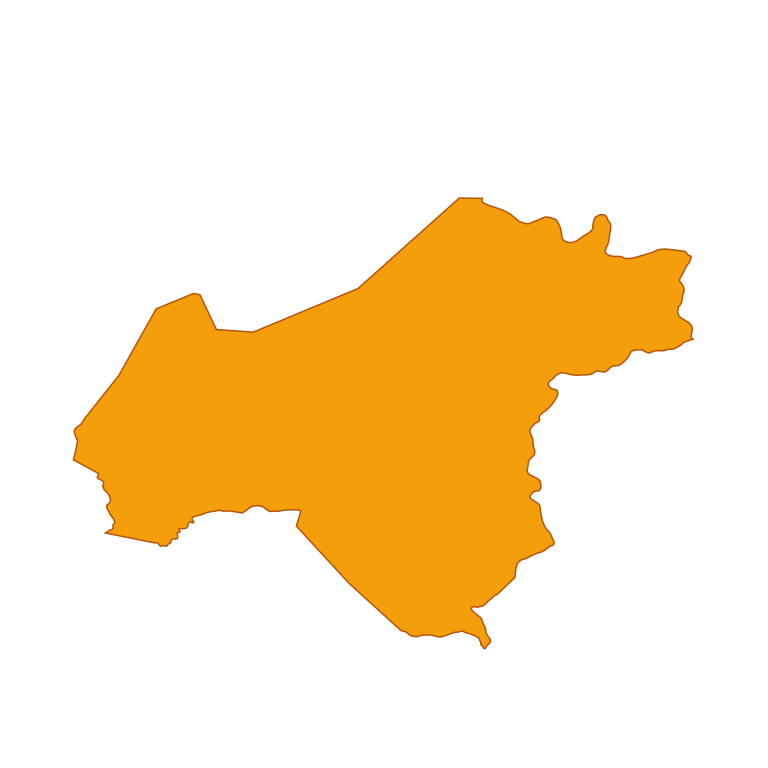 the district of San Jose de Colinas, Santa Bárbara, Honduras, rotated 289°
{"feature_id": "27666195B96609935857863", "entity_name": "San Jose de Colinas", "entity_type": "district", "adm_level": 2, "iso_a3": "HND", "parent_name": "Honduras", "parent_adm1": "Santa Bárbara", "projection": "natural_earth1", "projection_center": [-88.328, 15.073], "detail": "fine", "context": "isolated", "style": "filled", "palette": "amber", "viewbox_px": 768, "rotation_deg": 289, "n_neighbors": 0, "source": "geoboundaries", "source_scale": "gbopen_adm2", "svg_char_len": 6171}
<svg xmlns="http://www.w3.org/2000/svg" viewBox="0 0 768 768"><g transform="rotate(289 384 384)"><path d="M607.3,624.7L604.0,609.1L603.1,605.8L601.5,602.0L600.8,600.7L599.0,598.1L596.9,596.1L595.6,594.6L586.9,582.5L584.0,578.3L581.7,573.0L581.1,571.4L581.6,568.2L581.3,565.3L581.0,564.1L579.5,560.2L578.8,555.7L579.1,553.7L579.6,551.5L580.5,550.6L581.7,549.9L583.5,549.7L589.5,550.1L592.7,549.9L595.6,549.4L598.5,548.7L604.5,547.8L607.9,546.7L608.9,546.2L609.5,545.6L612.3,541.8L614.6,540.1L615.3,538.7L615.6,537.4L615.2,535.5L614.4,533.3L611.2,530.1L610.0,529.4L608.4,529.1L604.9,529.4L601.7,529.9L599.6,530.7L598.7,530.8L597.3,530.4L594.2,528.9L591.8,527.0L588.7,524.4L583.1,520.3L581.4,518.8L579.4,516.6L578.7,515.2L578.3,513.8L577.9,511.3L577.9,509.1L578.2,507.3L578.8,505.7L580.1,504.9L587.1,501.2L589.4,499.7L594.7,494.3L595.2,493.2L595.5,491.5L595.5,489.3L595.3,485.8L594.9,483.6L594.4,482.1L593.4,480.8L589.8,476.9L582.6,468.7L582.2,467.5L581.8,464.8L581.6,461.4L581.9,458.1L585.9,448.0L586.7,442.9L587.1,439.1L587.0,435.1L587.2,431.1L586.9,428.2L587.3,420.6L587.9,418.6L588.7,417.3L589.9,416.7L591.5,416.4L584.3,394.6L465.9,328.4L390.5,243.5L380.9,207.8L408.5,180.9L407.6,174.5L380.9,144.1L305.7,130.5L260.7,114.6L259.2,114.2L255.3,112.6L250.5,111.3L248.5,111.0L246.2,109.8L242.5,107.3L240.6,106.5L239.1,106.4L237.6,107.0L234.9,108.7L231.0,112.3L230.2,112.8L227.2,113.3L219.4,114.3L211.2,115.1L206.6,142.5L205.5,143.2L202.7,143.3L201.9,143.8L201.5,144.9L200.9,148.8L199.8,151.0L197.8,151.5L196.5,151.2L194.6,152.2L193.1,153.7L190.2,159.2L188.4,161.1L186.9,162.2L184.3,163.4L181.9,163.1L179.2,161.4L177.5,161.7L175.9,162.8L173.8,165.3L171.3,167.8L168.8,171.7L165.8,174.5L164.6,174.4L162.6,173.6L161.1,174.1L160.3,174.7L158.6,174.6L157.5,173.8L156.3,172.0L154.4,170.7L152.4,169.1L159.2,219.5L160.3,221.2L160.0,221.9L158.4,224.1L158.0,225.2L158.2,226.1L158.9,227.1L160.0,231.2L160.2,231.5L162.5,232.1L163.3,233.2L164.4,233.9L166.8,233.7L167.7,233.8L168.3,234.1L168.8,234.6L169.1,235.3L169.4,237.1L170.7,239.0L172.6,238.6L175.9,236.9L177.7,239.1L178.1,239.3L179.0,238.7L179.8,237.6L180.6,237.5L181.1,238.5L182.0,241.8L183.1,243.7L184.0,244.4L185.6,244.8L188.2,244.2L189.0,244.3L190.0,244.9L190.8,245.8L190.4,247.5L190.6,248.7L190.9,249.1L191.4,249.2L191.7,249.0L193.5,246.7L194.8,246.4L196.0,246.6L196.9,247.5L198.7,250.5L201.1,254.0L205.4,259.3L206.7,261.5L208.6,265.3L210.3,268.1L210.9,269.6L211.3,271.3L211.5,273.6L213.5,278.8L214.1,281.0L214.9,286.3L215.9,291.9L218.6,294.1L224.4,298.1L226.2,300.6L227.7,303.8L228.4,306.4L228.5,309.7L228.2,311.1L227.3,313.2L226.7,315.4L226.4,316.7L226.4,317.7L229.5,325.8L233.3,332.9L236.1,340.9L236.7,343.0L237.1,345.1L236.9,346.3L236.2,346.8L221.1,347.4L184.3,415.6L156.5,480.1L156.4,481.7L156.7,486.3L155.4,488.8L154.9,490.4L154.8,491.7L155.2,494.7L155.5,496.4L155.9,497.7L156.7,498.9L157.7,499.9L159.0,502.2L160.1,504.6L161.5,508.9L161.9,510.2L162.6,517.1L163.0,519.3L164.1,521.3L167.3,525.5L169.1,527.7L169.7,528.7L172.3,531.7L173.0,533.3L173.4,534.7L175.3,537.2L175.9,538.7L175.5,542.5L175.7,545.5L175.9,546.9L175.6,548.6L175.5,552.8L175.0,554.2L174.6,556.8L174.4,557.0L173.8,557.1L173.0,557.6L170.8,560.2L170.1,560.4L169.5,560.1L169.1,560.4L168.4,562.6L167.4,563.6L166.4,564.4L167.0,565.9L167.5,566.1L168.7,566.1L170.4,566.5L172.4,567.8L174.1,568.5L175.6,568.3L177.1,567.6L177.8,566.9L178.6,565.4L179.5,564.3L181.9,561.6L182.8,560.9L184.8,560.1L186.8,558.9L189.0,556.4L193.8,552.5L194.9,550.7L196.0,547.0L198.0,542.0L199.4,540.0L200.3,539.6L201.1,539.5L201.8,540.0L202.6,540.9L202.9,542.1L203.0,543.9L203.3,544.8L205.0,547.7L206.7,550.1L213.3,553.6L216.7,555.7L219.5,557.2L220.3,557.8L221.4,559.1L222.8,560.0L240.7,569.2L242.7,570.4L243.6,570.7L245.1,570.6L249.7,569.3L256.4,568.4L258.9,568.9L261.1,570.0L262.6,571.3L264.5,574.3L269.1,578.7L272.9,582.8L274.7,585.0L275.9,587.0L279.8,590.5L282.1,592.0L284.8,593.5L285.6,595.2L286.5,596.2L287.2,596.5L288.2,596.5L289.0,596.7L289.9,596.2L291.5,594.9L292.7,593.5L296.4,590.4L297.9,588.4L299.3,585.3L300.1,584.1L301.4,582.6L305.4,578.9L307.3,577.6L313.3,574.1L319.0,571.3L319.9,570.7L320.7,569.5L321.3,568.2L322.5,564.0L323.1,560.9L323.6,559.7L324.3,559.0L325.4,558.7L326.9,558.9L328.6,559.5L330.8,560.7L332.0,562.0L333.4,565.1L333.9,565.6L334.5,565.9L336.2,566.0L338.2,565.7L340.5,564.9L342.1,563.9L343.5,562.3L344.4,560.2L344.9,557.4L345.4,552.6L345.9,550.3L347.3,548.4L348.7,547.4L352.2,547.0L356.7,546.1L358.5,546.0L359.7,546.2L361.2,546.7L365.2,548.8L366.7,549.0L368.2,548.9L370.0,548.1L373.7,545.6L380.2,542.5L381.9,541.3L385.9,537.7L387.2,537.2L389.1,537.0L391.1,537.4L394.0,538.7L396.9,540.5L398.6,542.2L399.6,542.7L400.2,542.8L401.2,542.6L403.6,541.3L405.0,541.4L406.8,542.3L410.2,544.7L412.1,546.0L415.3,547.6L418.6,549.1L421.6,550.2L425.4,551.1L427.6,551.5L430.7,551.7L431.7,551.4L432.5,551.0L433.9,549.9L434.5,549.2L434.6,548.8L434.2,545.8L434.2,544.2L434.6,542.5L435.3,540.9L436.0,540.2L437.0,539.6L438.2,539.1L439.1,539.0L440.0,539.4L443.6,541.7L447.0,543.2L448.6,544.2L450.7,545.9L452.2,547.9L452.7,549.0L453.0,550.5L453.6,554.4L453.9,558.8L455.0,563.4L456.5,566.7L458.6,572.7L460.5,576.3L461.8,578.0L464.5,579.6L465.1,580.2L465.6,581.1L466.8,587.3L467.1,588.4L467.7,589.3L469.1,590.5L472.9,592.3L474.6,593.5L476.1,595.7L477.4,598.8L477.9,599.6L479.3,601.1L481.4,602.6L484.1,604.1L488.0,605.8L491.2,606.6L493.4,606.7L494.7,607.1L495.8,607.7L496.7,608.6L499.0,613.0L499.7,614.8L500.0,616.2L500.1,617.3L500.0,619.1L499.4,622.3L499.6,624.3L500.8,626.2L502.8,628.3L503.6,629.6L505.1,633.3L506.2,636.9L507.3,638.8L508.8,640.4L511.2,646.2L512.9,648.0L516.3,651.0L518.5,652.6L519.9,653.1L520.4,653.5L525.6,659.5L527.1,661.6L527.4,660.6L527.7,659.8L528.2,659.3L529.1,658.7L530.0,658.5L532.3,658.3L535.3,657.8L537.6,657.0L538.9,656.1L541.2,652.5L543.2,643.2L543.8,641.5L545.2,639.9L547.7,638.2L549.6,637.8L552.8,637.3L555.5,638.4L558.3,638.8L564.3,637.6L570.1,637.4L573.1,635.8L575.3,633.4L577.3,630.4L578.2,629.7L579.1,629.5L580.2,629.5L587.3,630.8L591.8,631.2L594.7,631.9L597.9,632.9L601.3,633.2L603.9,633.2L604.4,632.9L604.7,632.5L604.8,631.0L605.0,629.5L605.8,628.1L607.0,626.3L607.3,625.3L607.3,624.7Z" fill="#f59e0b" stroke="#b45309" stroke-width="1.5"/></g></svg>